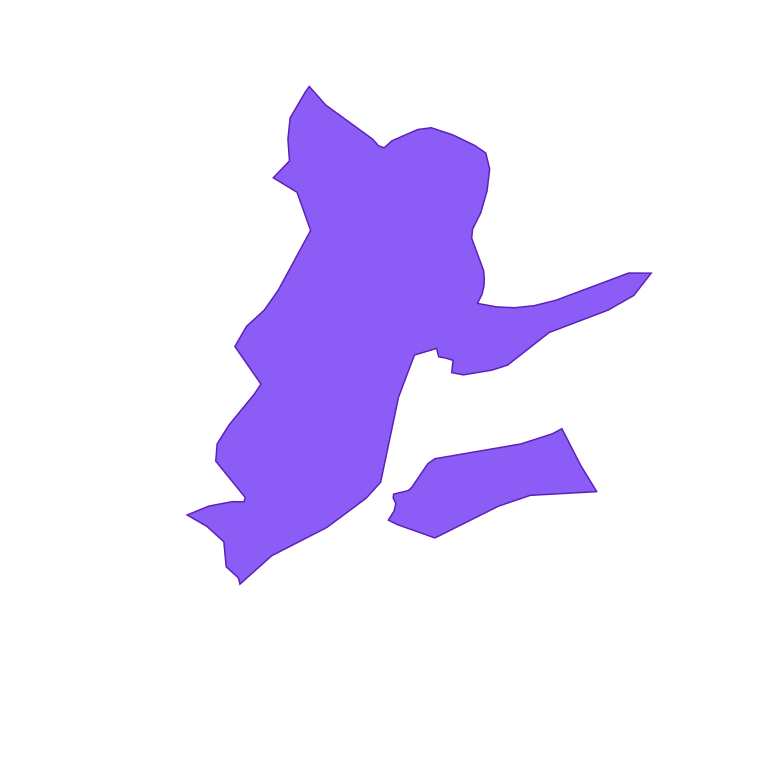 Kilinŏchchi, Robinson projection, rotated 126°
{"feature_id": "LKA-2460", "entity_name": "Kilinŏchchi", "entity_type": "District", "adm_level": 1, "iso_a3": "LKA", "parent_name": "Sri Lanka", "parent_adm1": "", "projection": "robinson", "projection_center": [80.291, 9.445], "detail": "fine", "context": "isolated", "style": "filled", "palette": "violet", "viewbox_px": 768, "rotation_deg": 126, "n_neighbors": 0, "source": "natural_earth", "source_scale": "10m", "svg_char_len": 1336}
<svg xmlns="http://www.w3.org/2000/svg" viewBox="0 0 768 768"><g transform="rotate(126 384 384)"><path d="M187.2,619.3L192.6,595.0L192.6,536.9L194.5,528.5L192.8,522.7L182.5,520.5L158.3,506.3L148.9,496.4L142.9,477.6L141.9,474.2L137.7,450.8L137.3,437.5L147.8,425.0L167.2,414.1L188.8,406.3L206.6,403.4L214.5,398.8L233.8,369.9L236.0,368.0L239.4,365.1L245.8,360.8L253.7,357.5L263.8,355.7L255.5,338.3L250.5,330.7L245.4,323.0L232.4,308.6L215.4,294.3L150.4,251.3L137.3,233.0L165.6,234.0L192.4,246.1L245.3,280.7L295.8,295.0L309.1,304.6L329.9,325.1L335.0,335.9L324.3,342.0L326.6,348.9L329.8,355.7L324.3,362.4L324.4,362.5L342.7,376.4L386.1,364.5L465.4,329.0L486.8,331.3L533.6,345.9L588.9,373.9L630.6,382.9L626.5,387.7L624.6,404.3L605.8,420.8L603.3,443.6L605.7,466.3L585.6,453.9L568.3,437.5L561.7,428.1L557.4,429.5L545.3,474.8L530.5,483.8L508.3,485.3L468.2,483.0L456.4,483.5L441.3,526.7L418.1,529.1L394.4,524.3L370.4,524.7L302.9,533.6L280.0,567.1L282.3,594.8L259.1,591.6L242.3,605.7L223.8,616.4L193.6,619.3L187.2,619.3ZM346.1,148.7L388.1,200.2L415.4,219.5L478.7,252.4L489.9,290.6L491.6,300.5L480.7,301.2L473.9,304.1L472.9,305.8L470.9,309.5L467.5,311.5L455.9,301.7L451.2,300.8L422.7,301.7L414.6,299.0L352.1,238.1L325.3,218.5L325.2,218.5L315.6,213.8L334.1,177.3L346.0,148.7L346.1,148.7Z" fill="#8b5cf6" stroke="#5b21b6" stroke-width="1.5"/></g></svg>